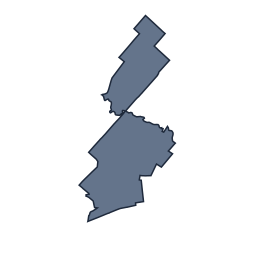 outline of Galbinasi, Calarasi, Romania, rotated 310°
{"feature_id": "2599482B621131645392", "entity_name": "Galbinasi", "entity_type": "district", "adm_level": 2, "iso_a3": "ROU", "parent_name": "Romania", "parent_adm1": "Calarasi", "projection": "equal_earth", "projection_center": [26.45, 44.33], "detail": "fine", "context": "isolated", "style": "filled", "palette": "slate", "viewbox_px": 256, "rotation_deg": 310, "n_neighbors": 0, "source": "geoboundaries", "source_scale": "gbopen_adm2", "svg_char_len": 3919}
<svg xmlns="http://www.w3.org/2000/svg" viewBox="0 0 256 256"><g transform="rotate(310 128 128)"><path d="M146.8,174.0L146.8,173.0L146.7,171.9L146.6,171.2L146.8,170.4L147.3,169.8L148.5,168.5L148.6,168.4L149.3,167.9L150.2,167.5L151.0,167.1L151.6,166.9L152.6,166.2L153.4,165.3L153.6,164.6L153.8,164.0L153.9,163.4L153.5,162.4L152.7,161.4L152.5,160.8L154.1,158.7L154.6,157.2L149.0,157.9L147.8,158.0L147.3,156.4L148.4,156.1L150.0,155.3L149.2,154.4L149.0,154.1L149.8,153.6L149.4,153.3L149.1,152.9L148.8,152.3L148.7,152.0L148.7,151.8L149.0,151.1L149.7,150.2L149.9,149.5L149.9,148.7L149.0,147.6L147.8,146.2L147.4,145.7L146.9,144.6L146.4,142.1L146.1,140.8L145.6,140.1L144.8,139.3L144.4,138.7L144.2,138.0L143.8,136.8L143.6,136.0L143.7,135.0L144.1,133.9L146.0,134.3L146.2,134.0L146.3,133.8L146.4,133.3L145.8,132.0L145.4,131.5L145.1,130.9L144.9,130.2L144.0,129.3L142.4,127.7L142.1,127.3L141.9,126.7L141.5,125.1L141.4,124.5L141.3,123.9L141.2,123.3L141.2,123.2L141.8,122.2L142.2,121.4L141.8,120.2L141.7,120.1L140.7,119.4L139.9,118.6L140.0,117.6L139.7,116.9L139.6,116.2L139.4,115.2L154.1,115.5L157.3,115.7L158.8,116.0L162.6,116.1L163.3,116.2L163.5,116.2L163.9,116.2L164.9,116.2L187.3,116.8L187.7,116.5L188.3,116.4L189.0,116.5L189.4,116.3L190.1,115.9L190.5,115.7L190.9,115.7L199.6,116.0L206.6,116.3L206.8,111.5L207.2,102.3L207.2,101.3L207.4,99.2L207.6,95.4L216.1,95.6L224.2,95.7L224.2,93.4L224.3,91.1L224.4,90.3L224.6,85.8L225.1,76.0L225.4,69.1L207.9,68.8L207.6,76.2L203.8,76.1L199.0,76.0L189.9,76.0L181.9,75.9L177.5,75.8L176.3,75.7L176.4,82.5L156.2,83.6L154.0,84.4L153.7,84.5L150.6,85.9L145.8,88.1L143.5,89.0L142.1,89.4L141.4,89.4L141.0,89.3L140.6,89.1L140.0,88.9L138.6,88.0L137.5,87.0L137.2,86.8L136.6,86.6L136.7,86.9L136.6,87.7L136.5,88.9L135.8,89.9L134.9,91.1L134.3,92.0L134.2,92.5L134.4,92.8L135.6,93.2L136.4,93.6L137.0,93.8L137.5,94.4L137.4,94.9L136.9,95.5L136.8,96.0L137.1,98.5L136.9,98.8L135.9,99.7L134.8,100.4L133.8,100.9L133.0,101.3L132.6,101.6L132.2,102.0L131.9,102.6L131.5,103.3L131.3,103.5L130.9,103.7L130.3,103.6L129.4,103.3L128.9,103.4L128.6,103.7L128.4,103.9L128.3,104.4L128.3,104.6L128.4,104.9L128.7,105.0L129.3,105.2L130.1,105.4L130.8,105.6L131.2,106.0L131.4,106.5L131.5,107.0L131.5,107.8L131.3,108.3L130.9,108.7L130.2,109.7L130.2,110.0L130.4,110.6L131.3,112.0L131.8,112.7L132.2,113.3L132.8,113.5L133.2,113.7L133.7,113.7L134.4,113.7L135.1,113.9L136.0,114.1L136.5,114.1L136.8,114.0L136.9,113.8L136.9,113.6L137.0,113.2L137.2,112.8L137.4,112.7L137.8,112.6L138.1,112.7L138.6,113.4L138.9,113.9L139.1,114.6L139.1,115.0L138.3,115.1L135.9,115.2L132.3,115.1L130.9,115.2L127.6,115.0L124.3,114.8L123.4,114.8L122.5,114.7L116.4,114.6L111.0,114.5L110.3,114.5L110.2,114.5L109.4,114.5L109.2,114.5L105.4,114.3L104.5,114.3L102.6,114.1L101.6,114.0L99.8,114.0L97.8,113.9L94.6,113.8L92.5,113.7L87.5,113.6L84.1,113.5L83.9,116.8L83.7,123.8L82.9,126.5L80.5,128.1L78.6,129.4L78.3,129.5L71.3,128.7L68.0,128.4L61.0,127.7L57.3,127.4L53.1,127.3L52.8,127.3L52.8,129.0L52.8,130.3L52.8,131.5L52.7,132.3L52.7,133.2L52.7,134.0L52.7,136.7L52.7,138.5L52.7,138.9L52.7,139.3L52.8,139.8L52.6,140.2L52.3,140.5L52.2,140.7L51.8,140.4L49.9,138.8L48.8,139.7L49.3,140.8L49.7,142.8L49.7,144.9L49.7,148.2L49.2,148.9L47.2,151.4L45.6,153.5L47.1,155.9L46.2,155.7L44.8,155.3L42.6,154.6L42.0,154.4L41.4,154.2L41.0,153.9L40.2,153.5L39.9,153.4L39.6,153.4L39.4,153.3L39.1,153.3L38.9,153.4L38.7,153.4L37.3,154.0L36.6,154.3L36.4,154.4L35.8,154.3L35.6,154.3L33.3,155.7L32.7,156.1L31.2,157.0L30.6,157.3L32.1,158.1L34.3,159.3L35.6,160.0L40.4,162.6L47.9,166.5L50.1,167.7L50.5,168.1L51.0,168.3L51.6,168.5L58.6,172.2L60.9,173.5L61.9,174.2L66.2,177.7L66.7,178.2L73.8,183.6L75.5,181.9L81.6,187.2L90.3,178.1L96.5,171.7L96.4,171.5L95.9,170.8L95.5,170.0L99.4,167.7L100.3,169.2L101.5,170.7L102.4,171.9L104.4,174.1L105.8,175.7L106.2,176.2L118.7,173.0L119.5,178.7L136.9,178.7L136.3,173.7L139.0,173.8L145.4,173.9L146.8,174.0Z" fill="#64748b" stroke="#1e293b" stroke-width="1.5"/></g></svg>